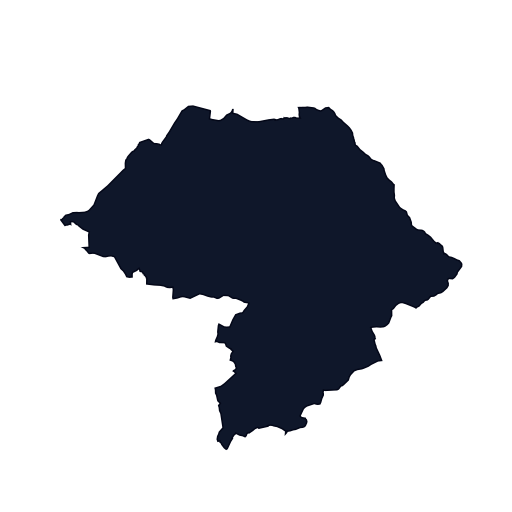 Socond, Satu Mare, Romania (Mercator projection), rotated 316°
{"feature_id": "2599482B56035864405042", "entity_name": "Socond", "entity_type": "district", "adm_level": 2, "iso_a3": "ROU", "parent_name": "Romania", "parent_adm1": "Satu Mare", "projection": "mercator", "projection_center": [22.99, 47.536], "detail": "fine", "context": "isolated", "style": "filled", "palette": "ink", "viewbox_px": 512, "rotation_deg": 316, "n_neighbors": 0, "source": "geoboundaries", "source_scale": "gbopen_adm2", "svg_char_len": 6142}
<svg xmlns="http://www.w3.org/2000/svg" viewBox="0 0 512 512"><g transform="rotate(316 256 256)"><path d="M223.0,409.0L226.7,408.4L227.9,409.1L229.5,409.3L236.2,409.3L239.0,407.7L241.4,407.0L246.8,406.7L250.0,408.0L253.8,410.6L255.8,411.5L260.2,413.2L263.5,413.8L270.8,416.1L273.8,418.4L275.9,413.5L278.6,405.6L279.7,403.9L280.3,402.3L282.8,398.0L284.3,398.3L284.5,397.7L285.5,396.5L286.1,395.2L287.1,390.9L288.8,387.1L290.1,387.8L293.5,390.5L296.2,393.5L298.6,395.4L299.9,396.0L302.7,396.4L305.0,396.3L310.5,393.7L312.1,393.2L316.2,388.8L318.3,389.2L322.2,388.6L325.7,389.0L327.8,390.0L329.2,391.4L330.7,394.1L333.8,401.0L334.7,403.2L335.0,404.5L335.9,404.4L338.5,405.2L341.9,404.9L344.1,405.4L346.1,405.2L347.2,405.5L348.6,406.5L349.7,406.7L353.6,406.3L356.2,408.4L358.7,409.0L360.6,409.1L363.5,410.8L365.7,411.3L371.2,411.4L373.7,410.7L375.3,409.1L376.4,406.7L378.5,405.9L379.1,406.0L381.6,408.9L384.0,409.2L388.1,408.5L389.5,407.5L396.6,406.3L398.3,404.8L398.7,403.8L398.9,400.6L397.7,398.3L396.9,395.8L395.6,392.8L394.2,390.8L394.0,390.0L394.1,388.2L393.9,386.3L393.4,385.3L392.8,385.1L393.2,384.6L393.1,384.3L393.4,383.9L393.6,383.0L396.2,379.6L396.8,378.4L396.4,374.9L396.6,374.5L395.7,373.5L396.0,373.4L396.1,372.8L394.2,371.8L394.5,371.1L394.3,370.5L394.1,368.5L394.3,368.2L394.3,367.1L394.6,363.8L394.2,360.7L393.4,357.6L393.9,355.9L393.8,354.5L393.2,352.8L390.8,350.1L390.0,348.5L389.1,342.7L389.4,341.6L391.1,339.5L393.1,335.1L393.1,331.8L394.8,328.7L394.7,327.2L393.8,325.0L393.2,322.4L393.0,320.8L394.4,313.0L395.7,310.3L397.7,308.5L399.6,305.9L402.0,303.4L404.8,300.7L404.6,300.1L404.9,296.8L404.5,293.9L404.5,290.7L405.6,287.5L407.6,283.4L408.6,282.1L409.6,278.2L409.5,277.4L409.8,275.5L407.3,269.8L406.5,268.5L405.9,266.2L406.2,263.6L406.1,261.5L405.5,259.7L405.2,258.1L405.2,256.3L404.6,251.6L405.0,247.3L404.5,245.6L404.7,244.7L405.9,243.2L406.1,242.2L407.3,240.5L407.3,239.9L408.1,239.0L409.4,236.3L410.8,234.6L411.7,231.6L412.1,228.7L412.1,226.2L411.6,220.2L411.7,217.3L410.9,214.0L410.8,211.3L410.8,210.1L411.6,208.3L412.0,206.4L412.0,204.7L411.4,202.2L411.4,199.7L408.8,197.8L404.4,197.1L403.1,196.5L401.7,194.0L401.0,192.0L400.9,190.7L400.3,189.6L396.2,184.5L395.1,183.8L389.7,178.8L389.4,179.6L387.0,182.8L385.4,184.2L384.3,185.6L383.7,187.5L381.1,185.3L380.7,184.6L380.6,184.0L379.5,182.6L377.4,181.7L376.5,180.7L375.9,180.8L375.3,180.1L374.6,178.6L373.5,177.3L373.0,177.4L372.5,176.6L372.1,176.6L372.1,176.2L371.5,176.5L370.4,176.2L370.0,175.1L369.5,174.9L368.9,174.2L366.6,173.3L364.4,171.9L365.3,171.1L363.8,171.9L364.4,171.0L364.0,170.2L359.6,166.9L351.8,161.8L350.0,160.3L346.0,156.2L345.0,154.5L343.9,151.8L340.8,140.9L338.4,137.2L341.1,134.7L340.9,134.5L339.5,135.2L337.7,135.6L336.4,135.5L332.8,134.3L328.4,134.7L324.8,133.9L323.1,132.8L319.1,127.3L317.8,125.0L323.7,120.2L324.0,119.6L314.8,104.4L311.3,101.5L305.9,101.0L303.6,100.3L294.8,102.8L289.9,103.8L279.8,106.6L275.3,107.5L274.6,108.0L267.7,109.2L266.4,109.6L265.2,110.4L264.0,109.2L264.0,108.4L262.6,106.4L260.6,104.2L260.1,98.4L259.7,97.5L251.2,93.6L249.6,94.3L248.8,94.2L247.9,95.0L246.7,95.0L245.2,95.6L242.5,95.5L241.5,95.8L239.4,95.1L238.2,95.1L233.7,95.5L232.0,95.8L230.7,96.5L229.5,96.5L228.6,96.9L226.5,98.5L222.9,102.4L220.2,102.1L198.0,102.6L186.3,101.8L184.0,102.6L174.9,106.8L167.7,107.3L165.8,106.9L163.1,105.6L158.7,101.9L157.3,100.3L154.3,97.7L150.4,96.4L147.5,94.6L145.2,94.6L144.2,95.0L142.8,94.8L141.8,95.0L141.1,94.8L140.9,94.4L140.7,94.5L139.8,101.3L141.8,102.2L141.7,102.5L142.0,102.7L144.6,103.9L144.7,104.4L146.3,102.4L148.4,104.3L148.6,105.0L148.8,108.4L149.6,110.1L149.5,111.5L150.2,116.5L152.8,122.9L150.2,124.7L142.0,133.9L137.7,130.2L138.2,131.6L137.9,132.9L138.0,134.7L137.7,137.8L138.0,138.5L140.5,140.4L141.9,142.0L145.8,150.3L147.4,152.0L149.7,153.4L151.9,155.1L153.4,157.5L153.7,158.4L150.1,171.3L150.3,174.7L149.6,178.4L148.7,181.1L150.2,183.3L152.3,185.0L154.1,183.1L155.7,182.0L160.1,183.4L163.3,183.6L162.7,185.3L162.0,186.5L163.3,188.6L162.6,190.5L163.1,191.3L163.0,192.0L162.5,192.2L162.6,193.0L162.4,195.0L161.9,195.6L162.0,196.2L158.0,200.2L162.8,206.1L166.8,210.4L169.3,213.9L169.9,215.7L170.6,217.1L172.2,218.9L174.6,220.6L173.2,222.8L167.5,227.9L166.7,229.1L170.3,231.5L173.4,233.0L175.0,234.1L176.2,235.5L179.3,240.6L189.4,244.0L189.2,243.9L191.3,246.9L193.4,251.2L195.4,254.4L197.2,256.2L198.6,259.4L200.1,260.5L205.2,261.6L208.7,265.3L209.9,269.9L210.6,270.9L212.3,272.5L214.6,277.6L215.4,280.0L215.4,280.9L217.8,284.1L218.2,285.0L214.4,286.6L209.7,287.0L207.4,287.6L206.4,287.4L204.9,286.1L200.6,284.2L195.2,285.8L187.9,288.9L185.5,287.0L183.8,285.0L182.0,279.3L180.6,280.0L176.8,283.2L175.7,284.2L174.5,285.8L172.2,287.2L168.5,288.7L167.3,289.5L168.5,290.2L169.7,292.9L173.3,296.6L173.1,298.2L172.1,300.2L172.9,304.0L173.6,305.6L173.1,305.9L173.4,308.6L170.4,309.2L168.7,310.2L168.0,310.8L167.8,311.4L165.2,313.0L166.3,315.2L166.6,316.7L166.1,319.4L164.6,321.6L164.2,323.2L161.5,323.4L160.2,322.9L159.8,323.0L160.1,323.9L160.1,326.5L144.7,326.1L140.3,325.5L134.8,322.7L133.9,324.2L131.7,326.6L131.0,328.8L128.4,333.0L128.0,333.9L128.1,337.2L125.3,337.6L124.4,339.4L122.4,342.0L121.4,344.9L113.0,356.7L107.3,357.2L105.4,358.3L103.2,359.1L100.8,360.9L99.9,362.8L101.6,363.8L100.8,365.1L101.1,366.5L100.5,367.8L100.0,371.9L100.3,374.3L101.4,374.6L108.9,371.7L112.2,370.9L112.1,370.4L113.6,369.9L115.9,369.4L117.9,369.6L118.4,369.3L119.9,373.5L121.7,376.1L122.6,378.4L123.9,378.4L126.1,377.4L127.0,377.5L127.5,377.5L128.0,378.4L132.5,379.2L135.0,379.3L137.8,380.2L138.3,380.6L138.3,381.6L138.5,381.9L146.2,386.6L146.3,386.1L147.0,386.3L149.0,387.7L150.2,389.2L150.9,390.6L152.8,393.3L154.9,398.4L155.5,401.7L155.9,402.5L153.7,404.4L155.1,404.3L156.8,403.8L159.3,405.5L161.9,406.7L164.1,408.2L168.6,410.0L170.5,411.5L171.9,412.2L173.5,412.3L176.3,411.2L177.5,410.4L178.4,408.8L178.3,407.6L178.7,407.0L176.5,403.9L176.4,402.1L176.8,401.5L183.9,398.8L185.8,398.7L188.3,399.1L195.0,402.3L195.8,402.9L196.4,404.2L197.5,405.6L199.2,406.8L201.0,406.1L204.2,404.2L207.7,402.8L208.7,401.8L209.4,400.7L211.4,399.2L212.4,400.7L221.4,408.5L223.0,409.0Z" fill="#0f172a" stroke="#020617" stroke-width="1.5"/></g></svg>